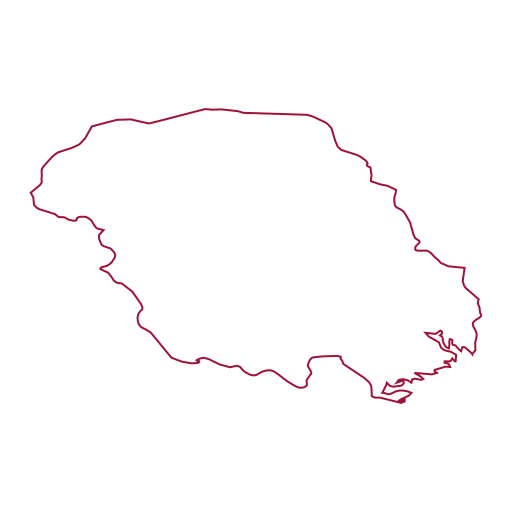 map outline of Telemark (Natural Earth projection)
{"feature_id": "NOR-922", "entity_name": "Telemark", "entity_type": "County", "adm_level": 1, "iso_a3": "NOR", "parent_name": "Norway", "parent_adm1": "", "projection": "natural_earth1", "projection_center": [8.804, 59.491], "detail": "fine", "context": "isolated", "style": "outline", "palette": "rose", "viewbox_px": 512, "rotation_deg": 0, "n_neighbors": 0, "source": "natural_earth", "source_scale": "10m", "svg_char_len": 3995}
<svg xmlns="http://www.w3.org/2000/svg" viewBox="0 0 512 512"><path d="M472.3,354.2L471.1,352.7L464.9,347.3L462.4,347.1L461.1,351.2L459.6,350.1L455.5,345.5L454.7,345.2L453.6,345.0L452.6,344.6L452.2,343.4L452.3,340.4L452.2,339.8L449.8,339.1L449.3,341.3L449.4,344.9L448.9,348.4L446.6,347.3L445.3,346.2L443.4,342.7L442.8,340.5L442.7,338.4L442.1,336.6L440.0,335.4L442.0,333.5L441.8,331.4L440.3,330.6L435.6,333.9L425.5,332.8L428.8,336.6L438.9,342.3L441.1,347.7L444.3,350.2L450.8,351.8L456.1,354.8L455.6,361.3L454.6,361.3L454.1,360.4L453.1,359.4L452.3,358.4L451.0,360.6L449.3,361.4L444.6,361.3L444.6,362.8L446.5,363.0L448.1,363.7L449.3,365.0L450.1,367.0L445.8,366.6L434.6,369.9L434.6,371.3L435.3,371.7L436.9,372.9L431.7,374.4L414.5,372.9L420.8,376.6L423.3,378.9L421.3,379.9L414.8,378.7L412.2,379.4L411.4,382.7L407.7,380.3L403.1,379.2L398.9,379.8L396.7,382.7L400.2,381.4L402.2,381.0L403.5,381.3L403.8,382.9L403.0,384.3L401.8,385.3L400.7,385.7L393.4,386.7L390.0,386.0L386.8,382.7L386.0,385.5L382.3,392.8L384.2,392.9L387.5,394.1L389.0,394.3L390.7,393.8L395.8,391.4L399.9,390.5L403.7,390.6L407.5,391.4L411.4,392.8L409.1,395.5L401.3,399.1L397.9,401.4L401.4,400.9L404.7,399.8L404.7,401.4L402.0,402.4L401.1,402.9L380.0,397.6L375.0,397.6L373.0,396.9L371.8,396.1L371.5,388.8L371.1,385.5L370.2,384.2L369.2,382.3L363.8,377.6L343.3,363.9L342.4,361.1L340.5,358.6L340.7,358.0L340.8,357.7L340.8,357.3L340.7,356.7L336.9,355.9L322.3,356.4L313.5,357.3L312.3,357.7L312.0,357.8L311.8,357.9L310.1,359.7L308.5,362.8L307.7,365.8L310.7,370.9L311.3,372.6L311.1,373.8L309.5,375.9L306.7,380.0L306.6,381.0L306.6,382.3L307.0,383.6L306.9,384.9L306.2,386.0L304.7,387.0L303.2,387.5L299.5,387.8L294.8,385.9L287.1,381.2L277.5,373.8L273.6,371.3L270.1,370.2L265.3,370.7L261.7,371.9L256.1,375.1L253.3,375.4L249.8,374.6L244.9,371.9L242.6,369.9L240.2,367.0L238.3,366.2L236.1,365.8L230.1,367.3L219.5,364.4L209.4,359.4L206.5,358.4L203.5,357.8L200.5,358.4L197.2,359.7L196.6,360.4L196.9,360.7L198.1,360.8L198.8,360.9L199.2,361.3L199.2,362.0L198.2,362.8L195.5,363.2L191.1,363.3L181.7,361.6L171.7,357.8L171.1,357.3L150.8,332.6L146.3,329.7L141.3,327.2L139.4,325.2L138.0,322.3L137.5,317.3L138.4,313.8L140.4,311.0L142.3,309.4L142.3,307.1L140.8,303.7L132.2,291.5L121.7,283.4L117.6,283.0L115.6,282.0L113.6,280.3L111.2,276.5L108.2,272.7L101.6,269.7L100.3,268.9L100.6,268.0L101.9,267.1L106.7,265.9L109.3,264.4L111.7,262.3L114.6,257.9L115.3,255.2L114.3,252.5L110.6,248.5L103.8,246.2L102.1,245.2L101.0,243.5L99.2,239.1L99.0,236.7L99.0,235.1L103.6,230.0L97.7,228.7L96.1,227.7L94.0,225.0L92.1,221.6L91.3,220.5L90.1,219.4L88.6,218.3L86.4,217.1L84.2,216.7L79.9,216.8L78.0,217.4L76.9,218.2L76.8,219.6L76.0,220.5L74.4,220.8L70.3,220.1L68.0,219.4L65.3,217.7L63.7,217.2L58.7,217.1L55.0,214.1L39.0,209.1L36.3,207.4L34.0,204.8L33.3,197.3L30.7,192.7L40.0,185.0L40.8,183.8L41.8,182.2L41.5,179.1L41.8,175.7L41.6,170.0L42.4,168.1L44.4,165.3L52.0,157.0L55.2,154.2L58.5,152.2L72.4,147.7L79.3,144.4L85.1,138.4L91.8,126.4L117.0,119.8L130.8,119.4L148.9,123.5L159.5,120.9L204.9,109.1L212.8,109.7L221.7,109.4L238.0,111.2L243.1,112.8L306.9,114.8L312.8,116.5L325.1,122.3L327.3,123.7L331.5,128.3L335.1,140.5L337.6,146.5L341.3,150.0L356.9,154.9L360.2,156.6L365.4,160.3L367.1,162.1L367.6,163.5L366.8,164.4L366.9,165.5L367.6,166.2L370.4,167.5L371.5,175.1L370.8,181.1L379.9,184.3L387.5,185.8L396.1,189.9L395.6,193.2L394.4,197.1L394.3,201.3L394.8,204.8L395.7,206.6L397.6,207.9L400.0,209.1L403.5,211.4L406.2,215.6L410.1,222.5L413.3,234.0L415.2,238.2L419.2,240.8L419.6,242.0L418.5,243.6L416.3,245.7L415.2,247.5L415.2,249.2L415.7,250.1L417.7,250.7L426.7,250.6L428.5,251.4L430.7,252.8L434.3,256.7L439.0,260.8L440.7,262.9L448.4,266.3L464.6,267.9L462.7,281.1L464.0,285.3L465.5,287.8L478.7,299.3L477.8,302.3L477.8,303.1L479.5,307.6L480.0,312.3L481.3,315.4L480.9,316.4L478.9,318.1L476.4,319.5L474.3,321.1L473.0,322.7L472.8,324.1L473.3,326.4L475.1,329.7L476.3,332.5L476.7,335.4L476.0,339.5L475.2,342.2L475.4,350.2L472.3,354.1L472.3,354.2Z" fill="none" stroke="#9f1239" stroke-width="2"/></svg>